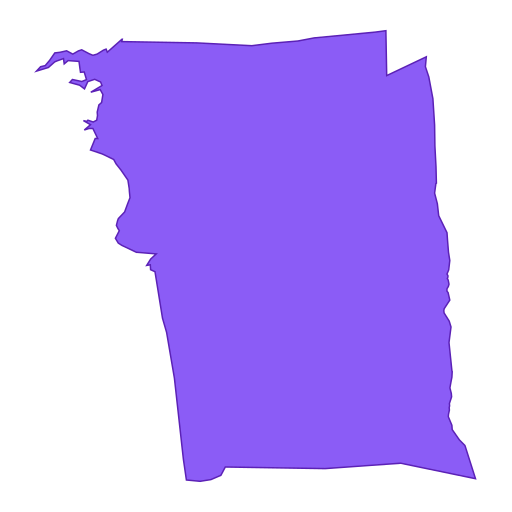 the district of Tintane, Hodh el Gharbi, Mauritania
{"feature_id": "47542326B49589683558539", "entity_name": "Tintane", "entity_type": "district", "adm_level": 2, "iso_a3": "MRT", "parent_name": "Mauritania", "parent_adm1": "Hodh el Gharbi", "projection": "albers", "projection_center": [-10.457, 15.991], "detail": "fine", "context": "isolated", "style": "filled", "palette": "violet", "viewbox_px": 512, "rotation_deg": 0, "n_neighbors": 0, "source": "geoboundaries", "source_scale": "gbopen_adm2", "svg_char_len": 2051}
<svg xmlns="http://www.w3.org/2000/svg" viewBox="0 0 512 512"><path d="M385.9,31.4L385.9,30.7L375.3,32.1L314.2,37.9L297.9,41.0L271.8,43.2L251.8,45.7L196.8,42.9L121.7,41.6L122.3,39.2L122.0,39.2L107.3,52.2L106.8,50.9L106.1,49.1L103.5,50.1L97.1,54.1L92.9,55.3L89.1,53.7L81.7,49.8L78.4,50.9L72.8,54.1L66.6,50.8L59.9,52.3L54.8,52.9L49.6,60.4L45.2,65.6L40.6,66.7L36.5,71.1L48.4,67.5L54.7,61.9L57.0,60.9L63.5,58.6L64.2,63.9L68.1,60.6L79.0,61.4L79.9,68.2L80.5,72.3L84.2,72.0L86.5,79.6L81.8,81.5L72.4,79.5L69.7,82.5L79.6,85.2L84.5,88.9L87.8,81.6L92.0,80.2L94.7,79.3L100.6,82.0L102.0,85.5L93.2,90.8L90.8,92.2L100.2,89.6L102.9,94.5L101.6,102.5L98.9,104.9L97.2,112.1L97.5,115.6L96.7,120.2L93.2,122.0L87.9,120.2L86.8,121.4L83.4,120.6L90.5,124.7L84.3,130.0L89.0,128.5L92.9,128.5L97.7,138.5L95.2,138.5L90.5,150.0L102.1,153.9L104.3,154.9L113.7,159.5L116.1,163.9L121.0,170.1L127.9,180.1L129.2,188.5L129.4,191.7L130.0,197.7L127.7,203.6L124.6,212.0L118.4,218.5L117.9,219.8L117.6,220.6L116.4,225.4L117.9,228.5L119.3,230.7L115.4,238.3L118.3,243.1L121.9,245.4L136.4,252.3L137.0,252.3L156.2,253.9L150.7,259.0L146.7,265.4L150.3,264.8L150.6,269.7L155.0,271.7L162.5,318.2L166.6,332.4L174.4,378.1L183.4,459.3L186.4,480.0L200.1,481.3L210.9,479.6L220.9,475.3L225.3,467.0L325.1,468.6L400.6,463.2L472.6,478.1L475.5,478.7L465.2,446.3L464.9,445.5L459.4,439.9L452.2,429.6L451.9,425.3L448.3,416.7L448.5,414.2L449.4,410.1L449.2,407.5L449.6,405.9L449.4,403.5L450.9,399.0L451.6,396.8L451.3,393.4L449.9,387.9L450.3,385.7L451.0,381.8L451.9,377.2L452.2,371.6L451.9,370.7L449.0,342.6L451.0,327.0L449.2,321.1L444.1,313.0L443.8,310.6L444.2,308.7L449.8,300.1L448.1,292.6L447.1,291.4L446.9,290.0L447.1,288.5L448.3,286.6L449.0,284.2L448.2,280.1L447.3,278.6L447.8,277.4L448.0,275.9L447.0,274.0L448.7,269.9L449.8,260.5L448.5,252.3L447.5,239.9L447.0,232.7L438.7,215.7L437.4,204.1L437.4,203.9L434.6,193.1L435.9,183.5L436.4,183.2L436.0,166.8L434.9,146.0L434.6,125.0L432.9,98.7L428.8,76.9L425.4,66.7L426.3,56.8L386.7,75.6L385.9,31.6L385.9,31.4Z" fill="#8b5cf6" stroke="#5b21b6" stroke-width="1.5"/></svg>